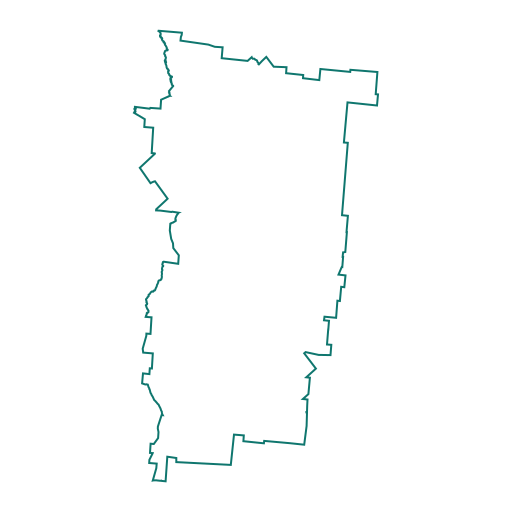 outline of McKinlay, Queensland, Australia
{"feature_id": "25037944B31801469695154", "entity_name": "McKinlay", "entity_type": "district", "adm_level": 2, "iso_a3": "AUS", "parent_name": "Australia", "parent_adm1": "Queensland", "projection": "natural_earth1", "projection_center": [141.103, -20.594], "detail": "fine", "context": "isolated", "style": "outline", "palette": "teal", "viewbox_px": 512, "rotation_deg": 0, "n_neighbors": 0, "source": "geoboundaries", "source_scale": "gbopen_adm2", "svg_char_len": 5778}
<svg xmlns="http://www.w3.org/2000/svg" viewBox="0 0 512 512"><path d="M157.8,30.7L158.1,30.9L158.5,31.0L159.0,31.3L160.5,32.9L160.6,33.2L160.7,34.3L160.6,34.6L160.0,35.4L160.0,35.9L160.1,36.1L160.1,36.5L160.3,36.6L160.7,36.6L160.6,37.3L160.9,37.7L161.7,37.7L162.0,38.0L162.2,38.4L162.2,38.7L161.9,39.4L161.9,39.6L162.2,39.9L162.4,40.5L162.6,40.7L163.7,41.4L163.9,41.7L163.6,41.9L163.6,42.1L163.6,42.4L163.8,42.6L164.6,42.9L165.0,43.3L164.8,43.7L164.9,44.6L165.8,45.8L166.2,46.7L166.6,47.2L166.8,48.0L166.7,48.8L166.8,49.0L167.1,49.1L167.7,49.7L167.7,49.9L167.5,50.3L165.8,50.6L165.1,51.0L164.9,51.3L164.7,52.2L164.2,53.3L164.3,53.7L164.4,54.3L165.2,55.2L165.2,55.6L165.1,56.0L165.4,56.6L165.8,57.1L165.9,57.4L165.7,58.8L165.3,59.4L165.5,60.1L165.1,60.2L164.8,60.5L164.9,61.2L165.2,61.3L165.2,61.8L165.2,62.1L165.5,62.1L165.7,61.9L166.0,61.9L166.1,62.1L166.1,62.4L165.9,62.9L165.6,63.2L165.6,63.9L166.0,64.6L166.4,65.7L166.6,67.3L166.7,67.7L167.0,68.2L167.0,68.4L167.3,68.8L167.7,68.8L168.0,69.4L168.3,69.6L168.3,70.0L168.8,70.5L168.8,70.8L168.7,70.9L168.2,71.0L168.1,71.3L168.2,72.9L168.3,73.3L168.7,73.7L168.9,73.7L169.1,74.0L169.3,75.1L169.9,75.6L170.2,75.6L170.4,75.8L170.5,76.9L170.8,77.0L171.0,76.6L171.3,76.4L171.8,76.5L172.0,76.7L172.0,76.8L171.9,77.2L171.0,78.1L170.6,78.6L170.7,79.0L171.0,79.6L170.9,79.7L170.4,79.6L170.5,80.1L170.9,80.1L171.1,80.4L171.2,81.0L170.9,80.9L170.8,81.0L170.7,81.4L171.1,82.5L171.8,83.4L171.7,84.0L171.9,84.7L172.3,85.3L172.8,85.5L173.1,85.7L173.2,86.0L169.0,91.1L169.2,91.5L169.2,91.8L169.5,92.8L169.5,93.0L169.2,93.1L169.6,93.9L169.6,94.2L169.8,94.6L169.6,95.2L169.8,95.6L170.0,95.8L169.9,95.8L161.1,99.7L160.5,108.6L150.3,107.9L149.7,108.7L135.3,106.9L135.4,107.3L135.8,107.9L135.8,108.2L135.4,108.3L135.3,108.1L135.4,107.7L135.1,107.6L135.2,108.2L134.7,108.2L134.5,108.6L134.9,108.7L135.0,108.9L134.9,109.2L134.7,109.3L134.7,109.5L134.8,109.6L135.2,109.4L135.4,109.5L135.1,110.1L135.2,110.6L135.1,110.9L135.4,111.1L135.5,111.2L135.5,111.5L135.4,111.6L135.1,111.7L134.9,111.3L134.7,111.4L134.7,111.7L134.9,112.0L135.0,112.2L134.7,112.4L134.4,112.1L134.0,112.8L144.8,119.2L144.3,126.7L144.3,127.0L153.2,127.7L151.7,153.1L154.8,153.4L154.9,153.7L139.8,167.8L150.5,183.2L152.1,182.3L153.8,181.6L155.0,181.3L167.6,198.7L156.2,209.3L156.1,210.4L160.4,210.6L171.5,212.0L172.2,211.7L178.6,212.7L178.4,212.8L178.0,213.7L177.7,213.9L176.6,215.5L175.7,217.6L175.3,219.1L175.4,219.3L175.7,219.6L175.7,220.1L175.6,220.3L175.8,220.7L175.7,221.0L175.1,221.2L174.6,221.7L173.4,222.2L173.2,222.5L171.3,223.1L171.2,223.3L171.0,223.5L170.7,223.5L170.5,223.9L170.3,223.9L169.8,230.5L171.2,238.9L173.0,243.3L173.3,248.1L178.8,255.3L178.2,263.8L163.7,261.7L163.5,261.9L162.9,262.1L162.8,262.4L162.7,263.6L162.3,264.1L162.3,264.5L162.5,264.9L162.8,265.7L163.2,265.9L163.2,266.1L163.1,266.3L162.6,266.5L162.3,267.2L162.0,268.7L162.0,269.3L162.3,269.7L162.4,269.9L162.3,270.5L161.7,271.8L161.7,272.3L161.9,272.7L161.9,273.2L162.0,273.8L161.9,274.5L161.7,275.6L161.9,276.7L161.8,277.2L161.8,277.8L161.5,278.5L161.5,278.9L161.1,279.2L160.8,279.9L160.6,280.1L160.2,280.2L159.4,280.3L158.9,280.5L158.3,281.3L158.2,282.5L157.4,284.3L157.0,284.9L156.7,286.4L155.6,288.6L155.3,289.7L155.0,290.2L154.6,290.6L154.1,290.5L153.6,290.7L153.2,291.6L152.7,291.7L152.1,291.5L151.8,291.5L150.6,292.5L150.1,293.5L149.7,294.0L148.8,294.6L148.6,294.8L148.5,295.1L148.7,295.6L148.7,296.0L148.0,296.8L147.5,297.2L147.4,297.4L147.4,297.6L146.8,298.4L146.1,299.1L146.0,299.7L146.1,300.1L146.4,300.6L146.5,301.3L146.4,301.9L146.7,302.1L146.6,302.7L147.0,303.1L147.2,303.5L147.0,304.3L145.9,305.2L145.9,305.6L146.2,306.0L146.6,307.5L147.0,308.2L147.1,308.6L147.3,309.0L147.8,309.4L147.9,309.9L148.5,310.7L148.4,311.6L148.5,311.9L148.4,312.2L147.6,312.7L147.5,312.9L147.0,312.8L146.8,313.0L146.7,313.9L146.7,314.2L146.5,315.1L146.1,315.4L146.1,315.6L145.9,316.3L145.7,316.9L151.5,317.3L150.5,333.9L146.4,333.6L146.3,335.9L142.7,348.7L143.2,352.6L152.8,353.4L151.9,368.5L149.8,368.3L149.4,374.1L143.0,373.4L142.1,383.4L145.3,384.5L146.6,384.3L146.9,384.5L147.4,384.5L147.8,384.6L148.5,387.0L149.3,388.5L149.4,389.3L149.7,389.6L150.5,392.8L151.3,394.1L151.6,395.0L152.7,396.7L154.2,400.0L155.6,401.3L155.9,401.8L156.3,402.1L157.7,403.9L158.5,404.5L159.4,406.4L159.9,407.3L160.5,408.5L161.1,410.4L161.8,411.6L161.9,413.0L162.3,414.3L162.7,415.0L162.8,415.2L161.6,415.1L157.9,426.5L157.8,428.7L158.5,432.0L158.1,438.1L153.8,444.0L150.6,443.7L150.0,452.9L152.7,453.1L152.6,453.4L149.4,459.8L149.2,463.0L156.7,463.6L156.3,468.2L152.8,480.5L153.2,480.4L156.4,480.3L156.8,480.4L160.4,480.8L161.3,480.6L161.6,480.9L165.6,481.3L167.3,456.7L176.3,458.0L176.3,462.1L230.8,464.9L234.0,434.6L243.8,435.4L243.4,441.2L263.9,443.3L264.2,440.9L290.0,443.2L304.2,444.7L306.6,426.0L307.0,412.9L306.4,412.6L306.4,412.0L307.0,412.0L307.2,405.6L307.5,399.5L302.9,399.0L308.4,394.1L309.9,377.7L306.3,377.3L315.9,368.6L304.2,353.3L305.6,352.1L318.6,354.9L330.5,355.1L331.3,344.8L327.0,344.5L328.2,329.5L328.3,329.5L329.0,320.8L324.0,320.3L324.5,316.7L336.1,317.8L337.4,300.7L339.9,301.0L341.2,286.8L344.3,287.2L345.5,275.4L338.5,274.6L341.6,267.3L341.8,266.9L342.3,267.0L343.1,256.9L342.6,256.9L343.1,252.4L343.4,252.4L344.7,252.1L345.3,252.0L346.9,232.1L346.5,232.1L347.9,215.8L342.0,215.2L347.8,142.8L343.9,142.5L347.5,102.4L377.0,105.5L378.0,94.4L375.7,94.2L377.4,72.0L350.4,69.8L350.2,71.9L320.4,69.0L319.3,80.1L303.0,78.2L303.2,75.0L286.1,73.2L286.5,67.2L273.7,66.7L266.3,56.9L261.9,61.1L258.3,65.0L258.5,64.4L258.4,63.2L258.1,62.6L257.4,61.9L257.0,60.5L256.4,60.1L255.2,59.7L254.7,59.0L254.3,58.7L253.6,58.7L252.9,58.8L252.0,58.0L251.7,57.2L247.6,60.9L221.7,58.2L222.6,47.3L214.8,46.8L208.4,44.6L180.5,40.6L180.9,36.9L181.7,34.9L181.9,32.7L157.8,30.7Z" fill="none" stroke="#0f766e" stroke-width="2"/></svg>